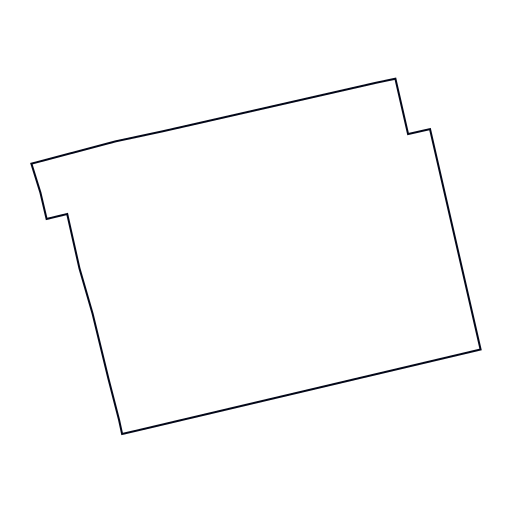 the district of Box Butte, Nebraska, United States of America, rotated 167°
{"feature_id": "52423323B65677119819091", "entity_name": "Box Butte", "entity_type": "district", "adm_level": 2, "iso_a3": "USA", "parent_name": "United States of America", "parent_adm1": "Nebraska", "projection": "robinson", "projection_center": [-102.94, 42.22], "detail": "fine", "context": "isolated", "style": "outline", "palette": "ink", "viewbox_px": 512, "rotation_deg": 167, "n_neighbors": 0, "source": "geoboundaries", "source_scale": "gbopen_adm2", "svg_char_len": 378}
<svg xmlns="http://www.w3.org/2000/svg" viewBox="0 0 512 512"><g transform="rotate(167 256 256)"><path d="M454.1,396.5L451.8,366.2L451.7,339.2L430.5,339.4L430.8,283.8L428.2,236.6L427.4,170.0L426.3,127.0L426.5,112.7L413.8,112.7L58.2,114.4L57.9,340.5L80.4,340.6L80.3,397.4L100.6,397.8L319.0,398.5L366.8,399.3L454.1,396.5Z" fill="none" stroke="#020617" stroke-width="2"/></g></svg>